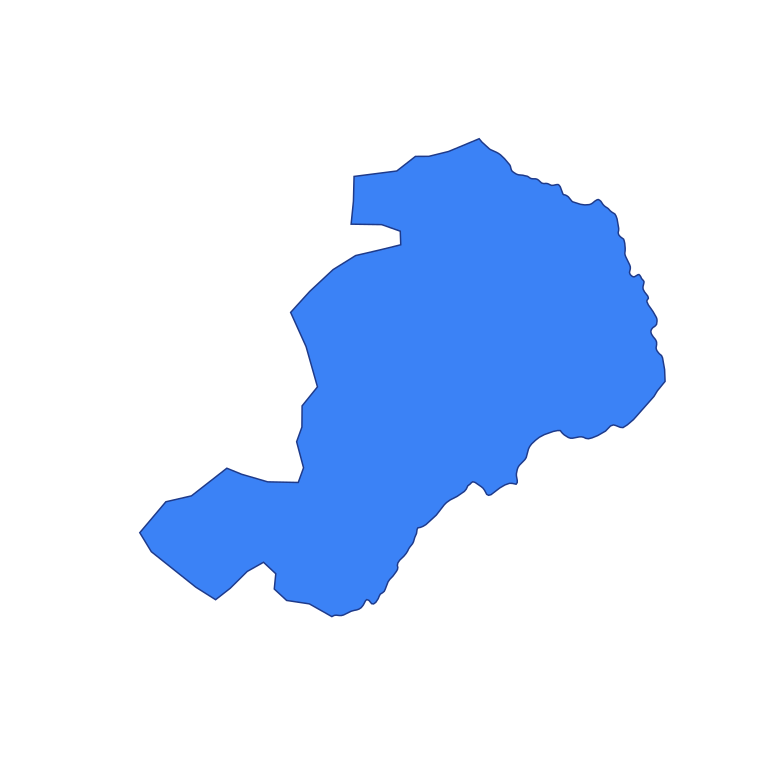 outline of Betsiboka, rotated 322°
{"feature_id": "MDG-5869", "entity_name": "Betsiboka", "entity_type": "Autonomous Province", "adm_level": 1, "iso_a3": "MDG", "parent_name": "Madagascar", "parent_adm1": "", "projection": "mercator", "projection_center": [47.384, -17.125], "detail": "fine", "context": "isolated", "style": "filled", "palette": "blue", "viewbox_px": 768, "rotation_deg": 322, "n_neighbors": 0, "source": "natural_earth", "source_scale": "10m", "svg_char_len": 3722}
<svg xmlns="http://www.w3.org/2000/svg" viewBox="0 0 768 768"><g transform="rotate(322 384 384)"><path d="M426.4,544.3L423.8,541.2L421.7,539.5L417.2,538.0L411.3,537.2L400.2,537.1L397.9,536.1L397.0,534.2L397.8,529.6L397.9,527.1L397.4,524.7L395.2,517.7L393.8,515.7L392.1,515.6L390.0,515.9L387.4,515.8L384.1,517.5L381.3,518.1L372.6,517.6L364.8,516.1L360.4,515.9L357.1,516.3L344.5,519.5L330.5,520.6L327.2,520.2L324.4,519.4L322.2,518.2L320.6,518.9L317.6,521.8L313.7,523.9L310.1,526.5L308.2,527.4L304.0,528.4L301.9,529.1L300.0,530.1L297.3,531.1L293.8,531.9L287.9,532.5L284.8,533.5L282.8,535.2L282.0,537.0L280.5,538.4L278.4,539.3L272.7,540.9L268.3,541.5L265.4,542.4L258.6,546.5L256.6,547.5L254.4,547.6L251.7,547.3L249.5,548.3L247.3,549.6L243.1,551.0L240.4,550.9L239.0,549.5L238.9,545.2L237.7,543.3L236.1,543.4L231.7,545.4L228.4,546.2L225.7,546.0L223.4,545.2L221.0,544.0L218.1,542.8L209.9,541.1L207.7,540.1L206.3,539.0L204.0,536.7L202.3,535.7L199.7,535.2L189.8,511.3L174.0,494.6L171.3,478.0L181.9,466.9L179.3,450.3L160.8,447.5L137.0,450.3L118.5,450.3L110.6,428.2L97.4,372.9L100.0,350.8L139.6,342.5L163.4,353.6L208.3,353.6L216.2,367.4L232.1,389.5L255.8,408.8L269.0,400.5L279.6,375.7L292.8,367.4L306.0,350.8L329.8,345.3L345.6,306.6L354.5,270.1L382.6,265.3L414.3,262.5L440.7,265.3L464.4,276.3L482.9,284.6L490.9,273.6L480.3,257.0L456.5,237.8L472.4,221.2L488.2,202.0L506.7,213.0L525.2,224.0L548.9,224.0L559.5,232.2L578.0,240.5L610.0,249.3L610.1,253.5L611.8,263.6L612.2,264.8L615.3,270.7L616.2,272.8L616.9,275.2L617.7,280.6L618.0,288.7L617.7,290.2L616.8,292.1L616.2,293.7L616.0,295.3L616.6,297.5L617.6,300.2L618.8,302.0L622.0,305.0L623.3,306.7L624.0,307.5L624.7,308.3L625.2,309.3L625.9,311.6L626.4,312.6L627.0,313.3L628.1,314.3L629.6,315.5L630.3,316.3L630.9,317.3L631.3,318.6L631.9,322.5L632.7,323.7L633.5,324.6L634.5,325.2L635.3,325.8L636.1,326.6L636.7,327.5L637.7,329.6L638.3,330.6L639.1,331.2L640.0,331.8L641.1,332.3L643.1,333.3L644.0,334.0L644.4,335.3L644.3,337.2L642.0,344.4L642.1,345.4L643.1,346.5L643.9,348.0L644.5,350.0L644.6,355.5L644.8,356.5L649.5,363.4L652.5,366.5L656.2,369.0L657.3,369.4L658.5,369.7L659.9,369.8L662.7,369.7L665.3,370.0L666.4,370.5L667.0,371.7L667.4,373.6L667.1,377.3L667.3,379.4L667.7,380.9L668.2,382.2L668.7,383.9L668.9,386.8L669.3,388.6L669.8,390.0L670.2,391.0L670.6,392.2L670.3,394.4L669.3,397.4L664.8,405.8L663.5,407.4L661.8,408.8L661.2,409.9L660.8,411.2L660.9,413.5L662.0,417.4L661.4,419.1L660.3,421.4L657.7,425.4L656.2,427.3L654.2,429.3L653.5,430.6L652.9,432.3L650.9,441.6L650.2,443.4L649.0,444.9L646.2,447.1L645.7,448.2L645.4,449.6L645.8,451.7L646.4,453.0L647.4,453.7L651.4,454.2L652.3,454.7L652.5,455.9L652.4,457.4L651.9,459.5L652.1,462.4L651.8,463.6L650.4,464.9L648.2,466.6L647.3,467.6L646.5,469.0L646.0,472.0L646.0,477.0L645.6,478.3L645.0,479.3L642.7,480.0L641.8,481.1L641.0,484.5L640.6,492.5L639.6,499.3L639.0,500.9L637.9,502.5L635.5,504.8L633.9,505.2L632.5,505.3L631.3,505.1L630.0,505.2L628.9,505.5L628.0,505.9L627.5,506.2L626.8,506.7L626.1,507.8L625.5,509.4L625.2,512.3L625.3,515.8L625.1,517.2L624.6,518.8L623.1,520.8L620.7,523.0L620.1,524.1L619.6,525.6L619.5,528.1L619.6,529.8L620.2,532.4L619.6,534.9L614.0,545.4L607.1,555.0L595.2,557.7L589.1,560.0L558.9,565.6L550.6,566.0L545.5,565.5L543.5,563.6L541.0,559.3L539.6,557.5L536.7,556.5L529.6,557.5L520.6,556.2L514.7,554.5L511.4,553.0L509.5,551.0L508.5,548.9L507.1,547.2L505.3,545.9L499.2,542.8L497.5,541.4L496.3,539.6L494.7,535.2L494.3,532.9L494.2,531.1L494.3,529.3L492.2,527.6L488.2,525.6L479.2,522.6L473.6,521.6L468.8,521.6L463.4,522.1L460.2,523.0L457.8,524.2L450.8,529.5L448.6,530.3L440.6,531.4L438.3,532.2L436.4,533.4L433.1,536.2L431.8,537.9L429.6,542.1L428.3,543.7L426.4,544.3Z" fill="#3b82f6" stroke="#1e3a8a" stroke-width="1.5"/></g></svg>